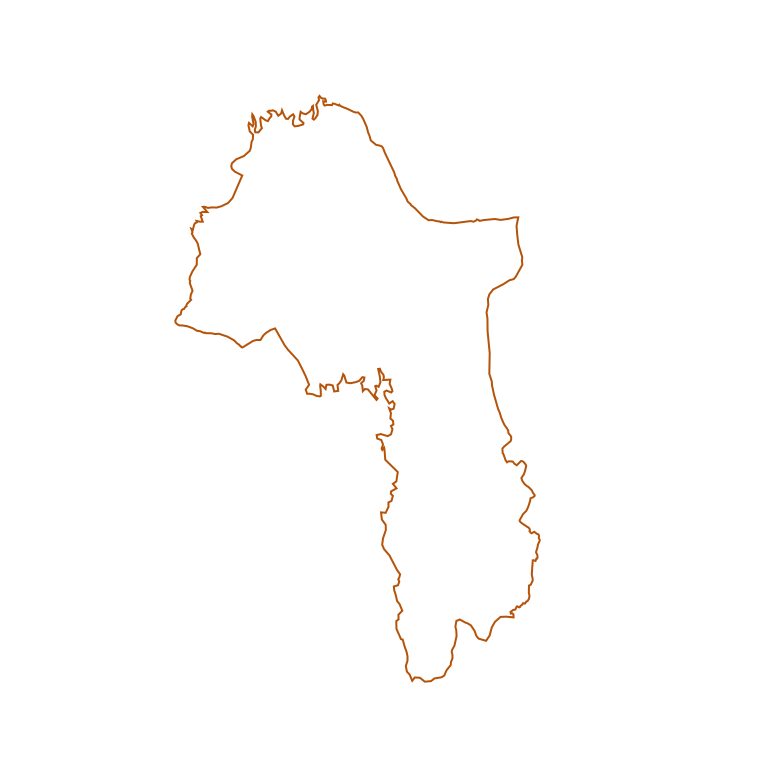 outline of Kouroussa, Kouroussa, Guinea, rotated 342°
{"feature_id": "49546643B25969650419510", "entity_name": "Kouroussa", "entity_type": "district", "adm_level": 2, "iso_a3": "GIN", "parent_name": "Guinea", "parent_adm1": "Kouroussa", "projection": "equal_earth", "projection_center": [-10.122, 10.487], "detail": "fine", "context": "isolated", "style": "outline", "palette": "amber", "viewbox_px": 768, "rotation_deg": 342, "n_neighbors": 0, "source": "geoboundaries", "source_scale": "gbopen_adm2", "svg_char_len": 6125}
<svg xmlns="http://www.w3.org/2000/svg" viewBox="0 0 768 768"><g transform="rotate(342 384 384)"><path d="M307.8,365.2L307.9,369.6L310.1,370.2L313.4,371.9L316.3,374.6L319.2,376.0L320.3,375.7L321.8,370.7L322.7,366.0L323.4,364.7L325.4,367.5L326.9,370.7L329.0,367.0L332.1,367.8L334.8,369.6L334.3,375.7L338.3,376.4L339.5,370.5L341.8,369.5L344.6,367.3L348.2,362.1L348.8,363.6L348.7,371.0L352.3,372.9L357.9,373.5L361.5,373.3L365.5,370.8L367.4,371.8L365.8,374.7L362.5,376.2L362.8,379.1L361.7,384.3L364.3,382.9L367.1,384.2L371.9,396.8L373.4,395.9L371.5,391.6L374.9,387.9L375.0,383.3L376.1,383.2L378.0,385.0L381.2,381.1L382.4,375.1L383.1,367.9L384.8,368.2L384.9,371.1L386.3,375.2L386.0,377.5L384.5,380.0L391.4,381.8L389.4,385.6L389.9,390.2L389.8,393.4L388.3,394.3L384.4,391.0L381.9,391.5L381.1,394.6L381.4,397.7L383.0,404.2L386.9,403.0L387.9,406.4L385.6,410.4L383.0,410.6L381.4,408.7L381.6,413.9L379.4,418.8L381.2,421.8L380.4,425.4L377.6,426.0L378.1,429.6L375.1,434.0L371.4,434.7L365.4,430.6L361.2,430.3L360.7,433.8L364.1,436.4L364.4,441.3L361.8,444.7L362.0,446.2L364.4,444.6L364.1,447.0L361.8,456.4L369.9,472.0L365.6,480.5L361.6,481.7L363.7,487.1L357.5,488.3L356.5,490.6L357.9,493.1L355.0,497.5L351.6,498.0L350.4,502.1L345.8,507.0L341.5,505.2L340.1,512.2L342.1,518.5L340.6,523.5L335.3,530.6L332.6,536.3L333.0,541.1L336.2,548.6L338.9,564.8L340.5,570.0L338.7,572.8L337.2,574.2L337.5,576.6L335.1,579.7L330.8,579.6L330.0,583.4L330.0,587.9L329.4,594.5L330.8,598.2L331.3,605.3L326.4,607.9L325.1,612.4L322.4,613.3L320.2,620.7L321.3,631.9L322.8,632.8L322.5,640.0L322.7,645.7L322.2,650.3L320.8,654.5L317.6,659.0L316.9,664.6L318.6,668.3L319.1,675.0L322.6,672.6L327.4,674.5L330.8,679.7L336.9,681.1L341.0,679.6L348.1,680.7L351.2,679.9L355.0,675.6L360.6,671.9L361.7,669.3L364.3,666.1L365.4,662.9L365.6,659.8L366.5,658.0L370.1,654.7L375.2,646.0L376.6,640.6L376.9,636.9L379.6,631.7L383.3,631.4L387.7,636.1L389.5,637.4L392.1,640.5L393.9,647.0L394.0,652.0L395.2,655.3L401.7,659.8L406.8,655.8L411.2,648.9L416.0,644.5L422.9,641.5L428.5,643.1L435.1,646.0L435.9,643.1L435.1,641.7L433.7,641.6L433.8,639.9L437.0,638.8L439.2,639.1L441.5,636.6L442.0,636.6L443.5,638.2L444.6,638.0L445.3,637.1L446.6,636.9L448.7,635.4L449.6,636.2L450.5,636.3L452.0,634.9L453.3,634.9L455.6,633.0L457.0,630.1L457.2,627.4L459.6,620.5L461.4,620.3L464.4,617.3L465.2,615.3L465.6,611.0L471.0,597.7L471.7,597.7L473.4,599.1L475.0,597.1L475.7,597.3L476.4,596.4L477.0,593.9L476.6,590.9L479.3,587.1L480.8,584.3L483.7,581.1L483.9,580.1L483.6,578.4L484.4,576.6L484.5,574.9L483.3,573.9L481.2,571.0L478.2,571.6L477.5,570.6L476.9,568.9L477.6,568.0L477.7,566.8L477.2,565.5L472.1,559.1L470.8,556.8L470.8,555.6L475.9,550.8L480.3,548.5L483.1,545.5L486.8,540.4L488.0,538.0L490.8,537.8L492.8,536.9L492.9,536.0L492.1,533.8L491.7,530.7L489.5,526.4L488.6,525.6L486.8,522.7L485.6,518.7L485.6,515.9L489.2,513.0L491.1,510.5L493.9,506.0L493.9,504.5L492.7,501.3L491.9,500.3L490.4,499.6L485.2,502.3L483.5,500.3L482.6,497.8L481.9,497.2L478.2,496.0L476.8,496.5L476.1,494.2L475.9,487.7L475.5,486.5L476.6,482.1L478.5,480.8L486.7,477.5L487.7,476.3L488.7,473.3L487.2,469.0L487.7,466.7L487.2,464.1L486.0,460.5L485.5,457.4L485.1,452.6L485.2,446.5L484.8,443.4L485.3,428.4L486.3,418.7L487.3,414.9L487.3,406.9L494.1,387.2L498.8,365.9L502.7,353.4L503.6,347.7L507.6,341.1L509.1,335.3L512.0,331.2L517.1,327.8L528.6,325.9L535.3,324.1L539.8,324.3L542.6,322.6L552.5,313.3L553.4,308.9L554.7,306.1L554.9,293.0L556.8,283.4L558.9,274.6L563.2,267.0L558.9,265.7L553.4,265.4L545.7,264.0L540.3,261.3L530.0,259.0L525.3,258.4L524.7,257.4L523.2,256.2L521.8,257.0L519.3,257.3L516.7,255.8L500.2,252.7L490.4,248.7L488.6,247.3L487.8,247.5L487.0,246.5L485.0,245.7L480.6,243.0L477.0,242.0L472.8,236.7L467.8,226.5L464.8,221.9L464.9,221.2L462.9,217.9L462.6,214.4L460.3,203.8L459.4,194.7L459.6,192.7L459.0,189.7L459.1,185.9L456.3,164.5L456.0,159.1L455.2,157.2L454.0,156.2L450.3,154.0L446.7,148.3L446.9,143.0L446.6,139.9L447.0,134.4L446.1,125.2L445.4,122.1L443.4,117.8L441.1,117.1L439.0,115.6L433.8,110.6L430.0,107.6L428.1,105.5L427.8,104.6L427.0,105.1L423.4,102.1L421.9,101.4L420.7,102.7L416.3,101.0L413.8,100.9L413.3,100.5L413.1,99.1L413.6,96.3L416.1,97.5L416.4,96.0L416.0,94.3L413.8,93.6L412.5,92.3L411.7,90.1L410.3,91.1L409.9,94.0L405.8,97.5L405.4,104.2L403.7,107.8L400.5,110.2L399.0,110.9L398.0,109.5L401.0,104.6L401.3,101.8L402.3,97.6L401.2,98.1L400.1,100.3L397.2,102.1L393.0,103.3L390.1,101.3L388.8,99.4L386.4,103.8L385.4,106.3L388.1,110.9L387.4,112.1L381.6,112.0L378.6,111.3L377.6,108.7L378.9,105.4L381.5,101.9L380.9,99.4L377.3,100.5L374.6,102.2L372.8,101.5L372.0,97.7L371.6,92.1L369.7,95.0L366.3,96.2L365.2,91.5L362.7,89.3L361.2,89.3L359.1,88.5L357.6,89.1L360.2,92.9L359.4,94.7L357.4,95.8L354.8,98.1L353.0,96.7L349.6,92.1L348.4,93.2L347.8,95.6L346.8,100.8L347.0,102.9L342.3,105.9L339.3,104.8L339.7,102.3L341.7,99.5L343.0,95.0L342.7,88.9L342.1,86.9L341.2,89.1L340.3,96.2L338.7,98.3L336.3,94.0L335.0,96.0L334.4,102.3L336.5,106.5L334.9,110.7L332.8,112.9L330.3,118.2L328.3,120.8L321.2,123.9L313.0,124.6L307.7,127.0L306.0,129.7L305.9,132.5L307.8,136.0L313.6,141.9L297.4,160.3L291.6,163.7L284.3,164.7L279.4,164.5L274.7,162.8L270.9,162.1L268.0,159.9L266.5,159.6L269.1,165.9L264.7,164.3L262.2,164.6L263.1,167.3L261.6,167.7L261.8,173.6L259.0,172.7L256.0,170.9L256.0,172.4L253.8,172.8L252.8,173.6L249.9,178.2L248.7,176.9L248.8,180.4L247.7,181.6L248.4,185.9L249.7,189.9L250.2,193.0L249.4,203.8L244.9,206.4L242.8,212.7L236.5,217.8L232.3,222.4L231.3,224.7L231.6,226.1L230.5,227.8L230.7,236.2L227.9,239.3L226.1,243.0L226.6,244.3L221.6,246.8L220.4,248.0L220.2,249.1L218.8,249.4L217.1,250.8L215.9,250.7L214.2,251.4L212.1,255.0L208.7,255.6L205.3,259.0L204.9,260.0L204.8,261.3L205.9,263.4L207.4,265.0L210.8,266.2L215.1,268.5L219.5,272.0L222.5,275.5L225.6,277.1L228.6,279.8L229.7,279.8L230.3,280.6L235.7,282.5L238.8,284.3L242.5,285.2L249.8,290.6L254.8,296.0L256.9,300.1L258.5,302.0L258.7,303.0L259.5,303.8L259.8,305.0L260.8,305.5L272.6,302.6L276.3,302.7L280.1,304.0L284.4,300.4L287.7,298.9L292.9,297.6L297.6,297.5L301.4,316.2L303.3,321.8L309.3,334.9L310.7,343.5L311.9,352.2L312.5,361.6L307.8,365.2Z" fill="none" stroke="#b45309" stroke-width="2"/></g></svg>